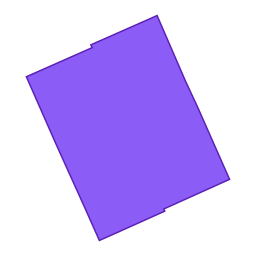 the district of Pope, Minnesota, United States of America, rotated 66°
{"feature_id": "52423323B60946121703621", "entity_name": "Pope", "entity_type": "district", "adm_level": 2, "iso_a3": "USA", "parent_name": "United States of America", "parent_adm1": "Minnesota", "projection": "albers", "projection_center": [-95.463, 45.586], "detail": "fine", "context": "isolated", "style": "filled", "palette": "violet", "viewbox_px": 256, "rotation_deg": 66, "n_neighbors": 0, "source": "geoboundaries", "source_scale": "gbopen_adm2", "svg_char_len": 328}
<svg xmlns="http://www.w3.org/2000/svg" viewBox="0 0 256 256"><g transform="rotate(66 128 128)"><path d="M39.8,200.0L111.7,200.3L183.2,199.9L219.1,199.9L218.9,128.2L216.5,128.3L216.2,56.1L138.1,55.9L109.1,56.4L108.9,56.4L37.1,55.7L36.9,128.1L40.0,128.1L39.8,200.0Z" fill="#8b5cf6" stroke="#5b21b6" stroke-width="1.5"/></g></svg>